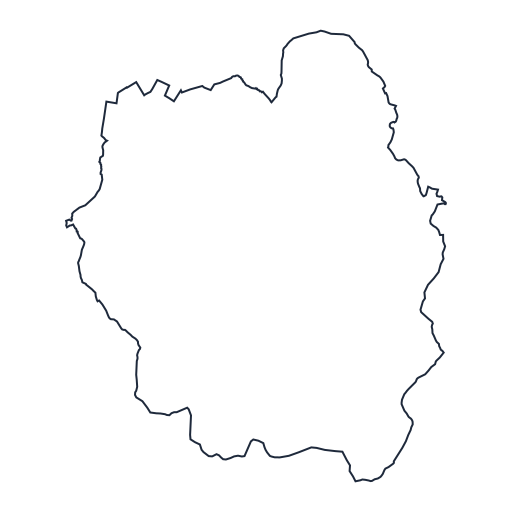 Soimi, Bihor, Romania (Albers equal-area conic projection)
{"feature_id": "2599482B68730254025717", "entity_name": "Soimi", "entity_type": "district", "adm_level": 2, "iso_a3": "ROU", "parent_name": "Romania", "parent_adm1": "Bihor", "projection": "albers", "projection_center": [22.142, 46.656], "detail": "fine", "context": "isolated", "style": "outline", "palette": "slate", "viewbox_px": 512, "rotation_deg": 0, "n_neighbors": 0, "source": "geoboundaries", "source_scale": "gbopen_adm2", "svg_char_len": 5938}
<svg xmlns="http://www.w3.org/2000/svg" viewBox="0 0 512 512"><path d="M201.6,449.8L203.5,452.1L208.7,456.1L211.0,456.3L212.4,456.3L216.5,454.2L219.0,455.3L221.1,457.5L223.1,459.2L225.9,459.5L230.6,458.0L234.1,456.4L238.0,455.7L241.9,456.5L244.5,456.1L250.9,441.4L253.3,439.5L258.4,440.7L263.3,443.1L264.5,447.2L265.6,449.9L267.1,452.4L269.9,455.9L271.4,456.5L274.6,457.3L279.8,457.4L288.9,455.8L298.7,452.3L311.3,447.4L316.6,447.9L324.8,449.9L335.1,451.1L342.4,451.7L346.8,460.2L350.0,465.4L349.6,471.1L353.0,476.4L355.5,481.3L360.3,480.3L362.4,479.5L365.2,479.8L368.7,480.5L370.6,481.1L372.0,480.9L374.6,479.3L377.8,478.5L380.5,476.9L381.6,475.6L382.8,473.9L384.4,470.1L385.4,468.6L388.5,467.1L393.3,463.6L393.9,462.8L393.8,461.3L402.3,447.9L405.9,441.2L408.3,434.9L410.6,430.1L411.3,427.3L412.7,424.4L412.6,421.8L412.2,420.5L411.6,419.5L410.9,418.6L409.0,417.2L408.4,416.5L406.7,413.5L404.4,410.7L401.6,404.2L401.6,402.7L402.0,399.7L404.3,394.2L405.5,392.8L406.9,390.9L408.6,389.0L415.5,382.1L416.0,381.2L416.8,379.1L417.5,378.3L418.5,377.6L425.2,374.3L428.5,370.6L431.3,367.0L435.1,364.2L435.8,361.5L436.4,360.7L439.8,357.5L443.7,352.6L442.6,351.1L442.0,350.5L441.6,350.4L440.7,349.5L440.2,348.1L439.2,346.2L438.9,343.9L436.8,342.0L435.9,340.5L433.8,335.6L432.5,333.1L432.3,329.3L431.7,326.8L432.1,324.9L432.8,323.6L432.2,321.8L428.5,318.8L421.2,312.2L420.5,309.7L422.9,301.4L425.0,298.4L424.4,292.4L428.0,284.8L433.8,278.4L438.6,272.1L440.7,264.2L443.5,258.8L442.6,254.3L442.8,252.4L444.2,249.3L445.1,246.3L443.2,241.5L443.1,234.9L440.0,235.0L439.1,231.9L438.3,229.9L436.2,227.6L433.5,226.0L430.7,223.6L430.1,220.8L431.7,215.4L432.7,214.5L434.8,211.4L437.5,204.5L442.1,203.6L444.2,203.4L444.8,204.1L445.6,204.1L445.9,203.2L445.7,202.6L445.1,202.0L442.0,200.2L442.3,197.4L441.5,196.4L441.1,196.3L439.8,196.7L437.1,196.1L436.5,193.8L437.4,191.6L438.0,189.6L432.0,188.7L430.0,187.5L428.2,186.7L426.6,192.8L425.9,195.0L425.5,195.4L424.9,195.6L424.0,196.2L423.5,196.3L423.3,196.1L421.6,193.9L420.2,191.1L420.0,188.3L419.4,187.1L418.1,183.9L417.8,182.8L417.6,180.9L417.9,179.3L418.7,177.9L418.8,177.4L418.5,176.2L417.3,174.8L413.5,167.8L412.0,166.2L408.7,163.2L405.9,160.1L404.7,159.4L404.0,159.3L400.7,160.3L398.4,160.4L397.4,160.1L396.1,159.3L395.1,158.2L394.4,156.4L393.1,154.0L390.2,149.9L388.0,147.5L388.4,146.3L388.4,145.1L390.4,142.3L391.8,139.4L393.8,132.3L393.5,129.8L393.0,128.4L392.0,128.4L390.7,127.7L389.9,126.7L389.7,125.9L389.9,124.1L390.7,123.1L391.3,122.7L393.3,121.9L394.3,122.0L394.5,122.4L395.4,121.9L395.9,121.4L396.3,120.4L396.7,118.8L397.1,118.1L397.3,117.4L397.4,116.1L397.1,114.6L396.3,112.8L395.3,109.7L394.6,108.6L396.0,105.9L394.7,105.4L390.9,104.4L389.9,104.0L389.1,103.2L388.6,102.4L387.5,96.1L386.1,93.1L385.1,93.4L382.9,88.5L384.5,87.1L385.2,85.9L383.4,81.6L380.5,77.6L379.8,76.9L378.9,76.2L377.4,75.4L371.8,71.5L371.7,69.5L369.5,67.7L368.8,67.1L368.1,66.0L367.7,64.7L368.0,63.2L368.1,62.1L368.0,61.4L367.7,60.1L363.1,51.6L362.1,50.2L358.8,47.6L355.4,44.2L354.8,43.4L354.6,42.1L349.1,35.8L343.3,34.3L331.1,33.8L324.5,31.5L320.7,30.7L316.5,32.3L308.9,33.6L293.3,38.4L291.2,40.3L289.9,41.3L287.5,44.0L286.9,45.0L286.1,46.0L283.8,48.3L283.1,50.3L283.3,52.4L283.1,53.3L282.9,56.3L281.7,60.4L281.5,71.7L281.4,73.5L280.8,75.0L281.9,78.6L281.9,80.5L281.6,83.4L280.7,85.5L278.5,88.6L277.9,89.8L277.6,90.8L276.9,93.8L276.5,96.7L275.7,97.2L271.5,102.3L270.9,101.7L270.3,100.5L268.9,98.6L264.6,93.9L262.9,91.7L261.9,92.3L261.3,91.6L260.5,91.2L259.7,91.3L259.3,90.4L259.0,90.2L258.0,90.0L257.5,89.5L257.2,88.7L256.9,88.7L256.5,89.0L255.9,88.2L255.5,88.6L255.2,88.6L252.0,88.1L250.1,87.2L248.5,86.1L246.3,85.3L245.6,84.6L244.1,82.3L243.1,81.6L243.0,80.8L242.6,80.6L242.3,80.1L242.3,79.3L241.1,78.6L240.9,77.6L240.6,77.2L239.5,77.0L238.8,76.1L237.7,75.5L236.1,75.6L234.9,76.3L233.7,76.2L232.7,76.5L232.1,76.9L231.2,78.1L230.5,78.4L223.0,81.5L220.1,82.9L214.3,84.4L210.7,90.1L204.3,87.6L202.3,86.0L190.2,89.4L181.9,92.5L180.9,90.3L173.9,101.3L169.4,98.3L164.9,95.6L169.2,85.5L161.4,81.8L157.3,80.0L152.3,89.0L150.4,91.9L148.0,93.0L145.2,94.5L144.2,95.3L136.2,82.1L127.0,87.7L126.7,87.3L118.4,92.5L117.9,93.0L116.5,103.3L106.4,101.6L103.9,118.8L102.3,128.3L101.9,132.3L101.4,135.6L102.0,136.3L104.1,138.0L105.7,140.1L107.0,140.7L104.6,142.5L103.3,144.3L102.5,145.9L102.4,146.9L102.6,148.0L103.2,150.3L103.1,154.6L102.9,155.8L100.3,157.5L99.9,159.5L99.8,161.1L99.3,161.8L99.4,162.1L100.4,162.9L100.4,164.0L101.0,164.5L101.2,165.0L101.0,165.9L101.3,166.5L101.1,168.1L101.4,168.4L101.5,169.9L100.6,172.6L100.6,174.0L101.7,174.6L102.3,179.7L99.7,189.0L98.8,190.5L97.6,191.9L94.9,196.5L85.3,205.3L79.4,207.6L73.7,211.9L72.2,213.6L72.3,215.8L71.5,217.9L72.1,219.0L71.5,220.6L70.7,220.6L69.3,219.6L66.1,220.8L66.7,223.0L66.2,225.4L67.0,227.3L69.8,225.5L71.1,225.4L73.1,224.5L75.3,228.4L76.1,228.7L76.8,230.7L76.6,231.0L76.7,231.5L77.6,231.6L77.8,232.0L77.6,233.0L80.2,238.3L81.3,238.6L82.0,239.1L84.1,241.6L84.4,242.3L84.2,243.9L83.9,244.9L83.2,246.7L81.9,249.7L80.9,255.3L80.4,257.0L79.2,259.9L78.8,261.1L78.2,262.2L78.1,263.1L78.8,265.9L79.5,271.3L80.5,274.9L80.6,276.7L81.0,278.2L81.8,279.8L82.4,282.3L85.9,283.9L86.1,284.6L92.2,289.5L93.4,290.8L95.4,292.7L95.8,296.4L96.1,297.4L96.9,300.0L97.6,301.3L99.1,300.5L102.4,304.5L106.2,310.7L108.0,315.3L108.9,317.3L109.7,318.4L110.9,319.2L113.9,319.4L117.0,321.5L121.2,328.3L122.1,329.4L123.7,329.9L125.0,329.9L125.7,330.4L127.7,332.4L130.6,334.8L132.3,336.6L135.4,338.6L137.0,340.2L138.0,341.8L138.0,343.2L138.5,345.0L140.3,347.6L140.0,348.9L138.9,350.1L137.5,353.6L137.1,355.2L137.5,357.1L137.5,358.8L136.8,361.0L136.2,374.8L136.7,379.5L137.2,386.8L136.2,390.8L135.2,392.3L135.0,394.9L136.3,397.4L142.4,401.2L147.3,407.7L150.3,412.5L156.3,413.3L160.5,413.5L165.0,414.2L166.9,415.0L169.4,415.2L171.5,413.2L174.1,412.2L176.7,412.2L187.2,407.7L188.7,409.3L191.0,415.4L190.1,434.9L190.5,439.3L195.0,442.2L199.9,444.5L201.6,449.8Z" fill="none" stroke="#1e293b" stroke-width="2"/></svg>